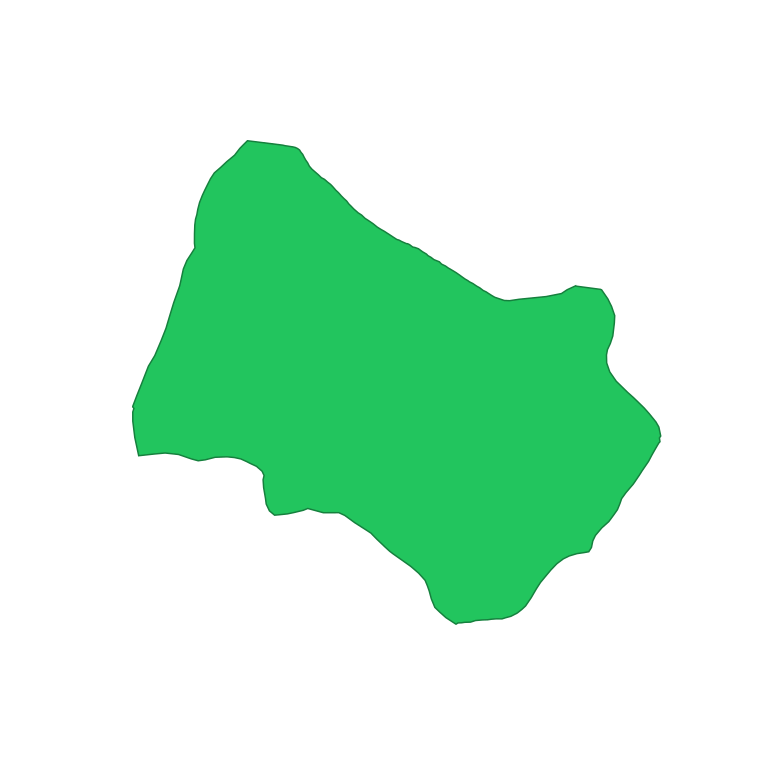 Bambey, Diourbel, Senegal, rotated 309°
{"feature_id": "50182788B75300917140294", "entity_name": "Bambey", "entity_type": "district", "adm_level": 2, "iso_a3": "SEN", "parent_name": "Senegal", "parent_adm1": "Diourbel", "projection": "natural_earth1", "projection_center": [-16.464, 14.81], "detail": "fine", "context": "isolated", "style": "filled", "palette": "green", "viewbox_px": 768, "rotation_deg": 309, "n_neighbors": 0, "source": "geoboundaries", "source_scale": "gbopen_adm2", "svg_char_len": 3291}
<svg xmlns="http://www.w3.org/2000/svg" viewBox="0 0 768 768"><g transform="rotate(309 384 384)"><path d="M487.1,124.8L481.7,124.2L476.4,123.7L467.8,123.9L457.9,121.9L449.8,120.8L441.3,119.3L434.2,120.0L433.9,120.1L428.3,121.3L422.0,122.7L416.4,124.1L409.1,126.4L402.5,129.4L397.8,132.0L396.1,132.7L393.5,133.8L391.9,134.8L388.5,136.9L381.6,142.1L374.1,148.1L370.9,151.4L365.3,152.1L355.9,153.1L347.1,155.7L334.5,162.1L331.6,163.5L314.9,169.4L304.5,173.6L295.5,177.3L290.2,179.5L277.2,183.6L261.8,188.0L249.6,189.7L232.4,195.2L219.5,199.2L208.6,202.8L208.1,203.1L207.8,204.3L207.7,205.0L204.1,206.4L197.0,212.2L185.6,224.0L173.9,238.5L184.6,249.1L192.6,257.3L199.9,268.6L204.5,281.3L207.4,287.9L212.6,292.8L220.8,298.9L228.6,307.8L232.7,314.0L235.7,320.0L237.3,326.2L238.1,330.0L239.8,336.8L239.7,338.5L239.5,344.1L237.4,348.4L233.5,350.3L227.7,355.7L220.6,363.8L216.6,368.0L213.3,374.8L213.2,381.5L216.5,384.9L222.3,390.7L227.3,394.8L235.0,400.7L239.3,403.1L245.8,417.9L249.4,422.3L255.6,429.9L257.1,435.9L257.2,436.3L257.8,448.6L259.3,461.8L259.9,467.7L259.9,468.0L259.6,470.0L258.9,476.1L258.0,487.2L257.6,493.7L257.7,497.7L259.1,519.2L259.1,520.5L258.8,530.0L257.3,539.5L254.5,544.7L251.6,549.4L246.8,556.0L242.4,564.1L241.8,571.1L241.4,579.1L242.6,590.8L242.7,591.1L244.9,591.9L247.4,594.7L249.6,596.7L253.4,601.1L257.8,604.0L262.8,609.2L266.0,612.9L268.8,615.5L272.3,619.2L275.7,623.5L278.9,625.6L283.3,628.8L289.9,631.7L295.6,633.0L300.6,633.7L310.4,632.9L320.8,631.3L328.2,630.5L338.2,630.6L342.0,630.7L344.1,630.7L352.8,631.4L354.2,631.7L361.0,633.4L367.0,636.2L373.6,640.7L378.9,645.6L382.5,648.7L387.5,648.1L393.5,645.0L399.4,643.6L409.3,643.8L418.5,645.3L427.3,644.9L433.2,644.5L437.6,643.2L440.1,642.4L444.5,640.8L451.9,640.4L463.2,640.7L473.9,639.8L479.0,639.2L490.3,638.3L497.3,636.9L502.7,636.0L511.0,634.7L512.8,634.8L515.4,632.0L517.7,631.8L523.5,624.7L525.6,619.3L527.8,609.0L529.1,601.2L530.4,586.9L530.8,578.7L532.3,562.7L535.5,551.8L540.5,543.8L546.6,538.6L551.4,536.0L557.9,534.4L565.3,531.6L576.4,524.6L582.3,520.3L587.5,512.0L588.5,509.8L591.0,504.4L594.1,493.9L593.8,492.7L581.3,472.3L580.9,471.6L580.7,471.2L580.8,471.1L572.5,467.0L566.0,465.0L554.0,455.0L543.4,444.3L534.9,435.7L527.8,429.2L524.6,424.9L521.1,415.5L521.1,415.4L520.6,412.2L520.1,407.8L519.9,405.5L519.1,402.2L519.0,397.9L518.4,394.5L518.0,389.8L517.2,386.2L517.1,384.1L516.6,381.0L516.4,378.0L516.2,373.9L515.9,369.9L515.4,366.1L515.1,364.2L515.0,363.3L514.6,361.0L514.4,357.6L513.4,353.3L513.8,350.1L512.1,344.6L512.0,340.8L511.4,337.4L511.7,335.3L511.0,330.5L510.8,325.7L509.6,322.2L508.5,320.1L508.4,316.2L507.9,314.1L507.2,313.1L505.8,308.0L505.3,305.2L504.4,303.0L503.9,298.2L503.5,293.9L503.2,291.3L502.9,288.3L502.2,284.2L501.7,280.1L501.7,276.3L501.7,274.9L501.3,269.7L500.8,265.0L501.2,260.3L500.8,256.5L500.7,256.3L500.8,255.5L501.0,250.4L501.4,247.2L501.8,243.3L502.7,239.8L502.9,236.2L503.2,233.5L503.4,231.6L503.5,231.5L504.0,228.3L504.3,224.4L505.0,220.7L505.5,216.9L505.4,212.9L505.6,209.0L504.9,205.4L505.3,201.3L505.4,197.9L505.6,192.7L506.3,188.9L507.9,185.3L508.7,182.4L509.8,179.6L511.3,176.3L511.8,173.7L512.7,171.1L512.6,168.7L512.0,166.2L510.9,163.9L509.7,161.9L508.4,159.6L507.0,157.3L505.9,155.0L487.1,124.8Z" fill="#22c55e" stroke="#15803d" stroke-width="1.5"/></g></svg>